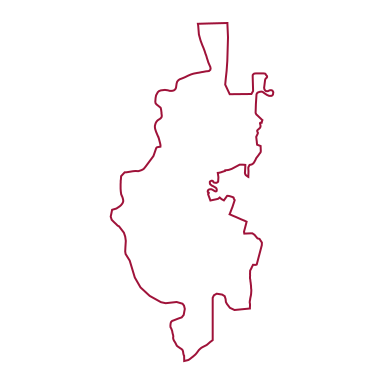 Sahar, Sa`dah, Yemen (Mercator projection)
{"feature_id": "15242507B10960751674051", "entity_name": "Sahar", "entity_type": "district", "adm_level": 2, "iso_a3": "YEM", "parent_name": "Yemen", "parent_adm1": "Sa`dah", "projection": "mercator", "projection_center": [43.698, 16.931], "detail": "fine", "context": "isolated", "style": "outline", "palette": "rose", "viewbox_px": 384, "rotation_deg": 0, "n_neighbors": 0, "source": "geoboundaries", "source_scale": "gbopen_adm2", "svg_char_len": 5910}
<svg xmlns="http://www.w3.org/2000/svg" viewBox="0 0 384 384"><path d="M184.2,361.0L188.4,360.0L189.9,359.0L193.8,355.9L195.4,354.5L196.7,353.0L198.9,350.0L200.3,348.7L201.1,348.0L202.2,347.3L206.5,345.1L207.2,344.6L210.3,341.9L211.7,340.9L212.7,340.1L212.7,297.8L213.9,295.3L216.7,293.7L222.2,294.6L224.7,296.2L225.6,299.1L225.9,302.0L226.9,303.9L229.9,307.8L234.5,310.0L249.9,308.5L249.9,307.8L249.9,307.5L250.0,305.7L250.0,304.0L249.7,302.6L249.8,301.0L250.1,299.6L250.2,298.7L250.3,298.2L250.6,296.7L250.9,295.4L251.1,293.9L251.2,292.4L251.3,291.0L251.3,289.7L251.1,288.3L251.0,285.6L250.8,284.2L250.7,283.0L250.4,281.1L250.3,279.8L250.0,278.4L250.0,276.8L250.1,275.4L250.0,274.0L250.1,272.6L250.1,271.0L250.2,270.5L251.6,267.8L251.6,267.6L252.7,265.5L253.0,264.8L255.7,264.9L256.7,264.5L256.8,264.2L261.8,245.2L261.9,242.6L259.5,238.9L257.5,238.4L254.5,234.8L252.3,233.3L251.0,233.3L249.2,233.4L244.3,233.6L244.0,231.8L244.5,229.7L244.7,229.1L246.4,222.6L246.6,221.7L244.3,220.6L243.5,220.3L241.1,219.3L238.4,218.1L235.7,216.9L233.5,216.0L229.9,214.4L229.6,214.3L230.3,212.5L231.6,209.1L231.9,208.3L232.3,207.4L232.6,206.5L234.7,200.1L234.2,199.3L233.8,198.7L233.7,198.2L233.6,197.6L233.4,197.4L232.4,197.0L230.5,196.4L229.5,196.1L228.3,195.9L227.7,195.8L227.1,195.9L223.9,200.4L221.5,199.1L219.7,197.5L218.3,198.7L217.0,199.1L210.4,200.5L208.1,194.2L208.1,193.9L208.2,193.6L208.5,193.5L208.8,193.1L208.8,192.7L208.4,192.4L208.1,192.3L207.8,192.0L207.7,191.5L207.9,190.5L208.4,189.9L209.0,189.5L209.8,189.3L211.1,189.2L212.3,189.6L214.7,191.1L215.5,191.4L216.0,191.4L216.6,191.0L216.8,189.8L216.4,188.4L215.7,187.7L214.0,186.7L213.7,186.5L213.0,186.1L212.1,185.8L211.9,185.6L210.2,184.3L209.8,183.0L209.9,181.6L211.3,180.8L211.9,180.7L212.4,180.8L212.7,180.9L213.1,181.4L213.5,182.2L213.9,182.5L215.4,182.8L216.6,182.8L217.5,182.2L218.1,181.7L218.2,180.8L218.4,177.2L217.8,172.9L218.9,172.8L220.6,172.4L225.1,170.9L225.2,170.3L227.3,170.1L228.7,169.9L231.7,168.9L239.6,164.7L241.2,164.7L242.9,164.7L244.5,164.8L245.3,164.9L245.3,166.1L245.0,172.2L244.9,172.9L245.3,174.3L245.8,175.1L246.7,175.8L248.1,176.8L248.3,176.9L248.5,171.2L248.4,169.7L248.3,167.7L248.5,167.0L249.3,165.4L249.6,164.9L250.8,164.7L251.8,164.4L252.3,164.1L253.4,163.3L254.2,162.1L254.3,162.0L254.9,160.9L255.6,159.6L256.2,158.2L258.5,155.2L259.5,153.7L260.1,153.0L260.6,152.2L260.8,151.1L260.6,146.0L257.1,144.7L256.9,142.9L256.8,142.2L256.8,141.6L256.6,140.2L256.4,138.5L256.2,136.9L257.8,133.5L257.9,132.7L257.3,131.7L257.2,130.6L257.7,129.9L259.0,128.8L260.1,127.7L260.5,126.6L260.5,125.5L260.2,124.2L260.0,123.5L260.2,122.8L260.7,122.6L261.6,122.8L261.9,121.8L262.1,120.9L262.4,120.1L262.1,119.9L257.5,115.5L256.3,114.4L255.6,112.9L255.9,103.9L256.5,94.4L256.9,93.4L257.7,92.6L259.4,91.9L261.3,91.6L262.7,91.9L263.8,92.8L266.9,94.9L269.2,95.9L270.8,95.9L271.6,95.8L272.4,95.3L273.0,94.4L273.1,93.5L273.3,92.2L272.8,91.3L272.4,90.6L271.3,90.2L270.0,90.2L268.8,90.7L268.1,91.1L267.3,91.2L266.0,91.1L265.4,90.7L264.9,90.1L264.3,89.0L264.1,87.4L264.2,87.1L265.1,79.9L265.6,78.7L266.1,78.2L266.8,77.6L267.1,76.9L267.0,76.1L265.9,74.8L265.6,74.1L265.0,73.6L263.4,73.4L256.1,73.4L254.8,73.5L254.0,73.7L253.3,74.3L252.8,74.9L252.7,75.5L252.7,77.2L253.1,91.0L251.4,94.0L229.7,94.2L225.2,84.6L225.8,78.3L226.6,71.0L227.3,61.0L228.0,37.4L227.4,23.7L227.4,23.0L207.9,23.5L197.9,23.8L198.2,25.7L198.9,34.4L199.5,36.7L199.9,38.1L200.3,39.6L200.7,40.9L201.3,42.5L201.9,44.1L202.4,45.4L203.0,46.8L203.5,48.0L204.1,49.6L204.7,51.2L205.1,52.5L205.5,53.8L206.0,55.0L206.5,56.5L206.9,58.0L207.4,59.5L207.9,61.0L208.3,62.4L209.0,64.0L209.7,65.6L210.3,66.9L210.5,68.0L210.6,68.4L210.3,69.8L209.0,71.0L207.7,71.2L206.2,71.3L204.6,71.6L203.1,71.9L201.7,72.1L200.3,72.4L198.8,72.7L197.4,72.9L195.9,73.2L194.2,73.5L193.0,73.8L191.1,74.4L189.4,75.1L187.8,75.8L186.6,76.4L185.2,77.1L183.8,77.7L182.6,78.2L181.3,78.7L179.9,79.2L178.5,80.1L177.2,81.6L176.6,83.6L176.0,87.8L175.3,89.2L174.2,90.2L172.9,90.7L171.4,90.9L169.9,90.9L167.8,90.3L164.9,89.9L160.8,90.4L159.0,91.1L157.8,92.2L156.1,95.3L155.6,97.9L155.3,101.8L155.6,103.3L156.5,104.4L160.6,107.7L160.9,108.7L161.2,110.3L161.4,112.0L161.5,112.5L161.5,113.7L161.6,114.0L161.7,115.0L161.8,115.8L161.6,117.0L161.0,117.9L160.3,118.6L158.0,120.1L157.4,120.6L156.8,121.3L156.4,121.8L155.7,123.1L155.3,124.3L154.9,125.9L154.9,127.2L155.1,128.7L155.4,129.7L155.6,130.3L156.0,131.6L156.5,132.8L156.6,133.0L156.7,133.3L156.8,133.6L157.1,134.2L157.3,134.8L157.7,135.6L158.2,136.9L158.4,137.0L158.9,138.7L159.0,139.0L159.6,141.4L160.0,142.9L160.3,144.2L160.5,145.4L160.4,146.7L157.7,147.1L156.8,147.4L156.2,148.1L154.2,153.9L153.4,156.1L145.6,166.6L143.8,168.8L142.6,169.6L141.3,170.2L138.6,171.1L137.2,171.1L135.8,171.0L134.1,171.1L132.4,171.3L130.7,171.6L127.6,172.1L126.3,172.3L124.7,172.3L121.1,176.2L121.0,177.9L120.9,179.3L120.7,180.8L120.7,182.4L120.6,184.0L120.6,185.6L120.6,187.1L120.6,188.6L120.7,190.1L120.8,191.5L121.0,193.0L121.2,194.4L121.6,195.2L121.7,195.7L121.9,195.9L122.4,197.1L122.8,198.4L123.2,200.1L123.2,201.5L122.7,202.9L121.9,204.1L120.9,205.3L119.6,206.4L118.1,207.4L116.6,208.4L116.5,208.5L112.1,209.8L111.3,213.8L110.7,216.6L111.7,219.8L113.3,221.4L114.4,222.5L115.7,223.7L117.7,225.7L119.0,226.3L123.9,232.7L125.2,236.6L125.8,240.9L125.4,247.4L125.2,251.5L125.6,254.0L129.7,260.6L134.8,277.5L140.5,287.4L149.7,295.9L161.0,302.2L165.7,303.2L176.6,302.0L182.5,303.7L184.0,305.6L184.8,308.9L183.7,314.9L181.7,317.4L178.7,318.4L173.6,320.4L172.2,320.9L171.2,321.8L170.9,322.6L170.7,323.0L170.5,324.4L170.4,325.8L170.5,327.2L171.2,328.4L171.7,329.7L172.2,331.1L172.4,332.4L172.7,333.8L173.1,335.1L173.3,336.6L173.1,337.9L173.4,339.3L174.0,340.7L174.8,341.9L175.5,343.1L176.1,344.3L176.8,345.7L177.9,346.6L179.2,347.5L180.3,348.3L181.5,349.0L182.5,350.0L183.0,351.3L183.2,352.6L183.4,354.0L183.8,355.3L184.1,355.7L184.2,359.6L184.2,361.0Z" fill="none" stroke="#9f1239" stroke-width="2"/></svg>